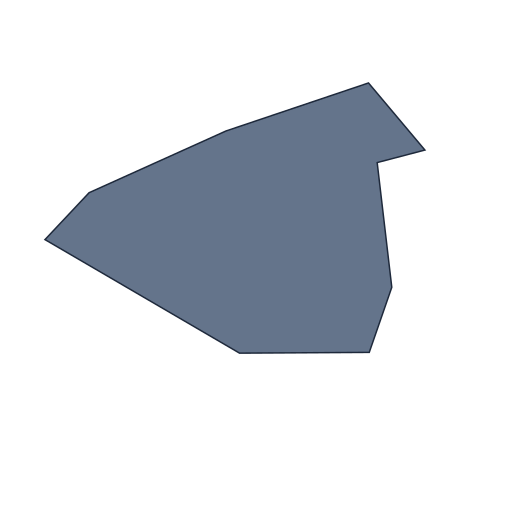 the state/province of Sliema, rotated 251°
{"feature_id": "MLT-5936", "entity_name": "Sliema", "entity_type": "state/province", "adm_level": 1, "iso_a3": "MLT", "parent_name": "Malta", "parent_adm1": "", "projection": "natural_earth1", "projection_center": [14.506, 35.912], "detail": "fine", "context": "isolated", "style": "filled", "palette": "slate", "viewbox_px": 512, "rotation_deg": 251, "n_neighbors": 0, "source": "natural_earth", "source_scale": "10m", "svg_char_len": 289}
<svg xmlns="http://www.w3.org/2000/svg" viewBox="0 0 512 512"><g transform="rotate(251 256 256)"><path d="M340.2,61.8L370.2,118.8L384.0,268.4L383.0,418.7L301.2,450.2L304.9,401.0L182.2,374.2L128.0,331.7L169.5,208.8L340.2,61.8Z" fill="#64748b" stroke="#1e293b" stroke-width="1.5"/></g></svg>